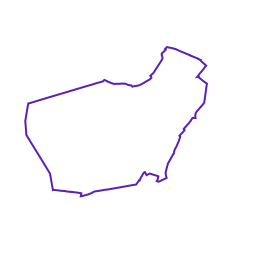 Brunssum, Limburg, Netherlands (Mercator projection), rotated 157°
{"feature_id": "6326949B33159250264853", "entity_name": "Brunssum", "entity_type": "district", "adm_level": 2, "iso_a3": "NLD", "parent_name": "Netherlands", "parent_adm1": "Limburg", "projection": "mercator", "projection_center": [5.961, 50.944], "detail": "fine", "context": "isolated", "style": "outline", "palette": "violet", "viewbox_px": 256, "rotation_deg": 157, "n_neighbors": 0, "source": "geoboundaries", "source_scale": "gbopen_adm2", "svg_char_len": 5256}
<svg xmlns="http://www.w3.org/2000/svg" viewBox="0 0 256 256"><g transform="rotate(157 128 128)"><path d="M224.3,161.3L223.4,155.3L222.1,146.5L221.9,145.4L220.5,136.3L219.0,126.2L217.6,116.4L221.4,100.2L220.6,100.1L219.9,99.7L216.9,98.0L213.5,96.0L212.8,95.7L211.4,95.0L211.5,95.0L210.5,94.6L210.0,94.0L209.3,93.6L208.0,92.9L207.7,92.7L205.6,91.4L205.4,91.4L205.4,91.5L201.0,89.0L196.5,86.2L196.4,86.1L198.2,83.6L197.9,83.5L196.2,83.2L192.6,82.7L190.4,82.4L188.9,82.3L186.9,82.4L185.5,82.4L185.3,82.5L185.0,82.7L183.6,82.6L182.7,82.4L177.2,81.0L174.5,80.4L172.3,79.8L171.0,79.4L167.5,78.6L166.3,78.3L165.9,78.2L165.1,78.0L164.7,77.9L164.2,77.8L163.9,77.8L163.4,77.6L163.1,77.6L162.0,77.3L161.4,77.2L160.7,77.0L160.3,76.9L156.3,76.0L155.1,75.7L150.5,74.7L142.6,72.8L138.1,75.6L137.8,75.2L136.8,76.1L136.1,76.6L135.6,77.4L134.2,78.2L133.7,78.6L132.5,79.6L132.4,79.6L132.1,79.8L131.8,80.0L131.6,80.1L131.1,80.5L130.8,80.7L130.3,80.8L129.7,80.8L129.3,77.3L125.8,77.6L122.2,74.5L120.5,73.1L119.0,71.8L118.9,71.6L119.5,71.0L119.7,70.7L120.1,69.9L121.2,68.6L121.3,68.5L122.3,67.9L122.1,67.7L120.8,66.6L120.6,66.6L120.4,66.5L119.0,66.6L117.8,66.7L112.0,66.9L111.9,67.5L111.6,69.3L111.2,71.2L111.1,71.5L110.9,72.0L110.6,72.5L110.4,72.7L110.1,73.2L109.8,73.7L109.4,74.1L109.2,74.4L108.8,75.0L108.6,75.3L105.6,79.0L105.3,79.5L105.1,79.7L104.7,80.0L99.2,84.2L98.2,85.0L97.6,85.5L97.3,85.7L97.0,85.9L96.6,86.1L96.0,86.4L96.0,86.5L95.9,86.5L95.4,87.2L94.9,88.0L94.3,88.8L94.2,89.0L93.9,89.4L93.6,89.7L93.3,89.9L92.6,90.5L91.6,91.3L91.2,91.6L90.5,92.2L90.1,92.5L89.3,93.3L89.2,93.4L89.1,93.5L88.7,93.9L88.5,94.1L88.1,94.5L87.6,95.0L86.9,95.6L86.4,96.1L85.9,96.6L85.3,97.3L84.9,97.8L84.3,98.4L83.9,99.0L83.7,99.2L83.3,99.7L83.7,100.8L83.3,101.0L83.0,101.1L82.6,101.2L82.4,101.3L81.8,101.6L79.0,102.8L77.2,103.7L76.9,103.8L76.7,103.8L76.4,103.9L76.5,103.9L76.5,104.0L76.8,104.5L76.9,104.8L77.0,105.0L77.1,105.4L76.9,105.5L75.6,106.1L74.8,106.5L74.2,106.7L73.7,106.9L73.4,107.1L73.0,107.3L72.6,107.5L72.2,107.7L71.5,108.0L70.8,108.3L70.3,108.6L70.1,108.7L69.6,109.0L68.4,109.6L67.9,109.9L67.3,110.3L67.2,110.3L67.0,110.5L64.6,112.1L63.4,111.5L62.1,110.9L62.1,111.0L61.6,112.0L61.4,112.6L60.9,113.7L60.3,114.6L59.7,115.3L59.2,115.7L58.3,116.4L56.0,117.4L52.5,119.2L52.4,119.1L51.7,119.5L49.1,120.8L48.8,121.0L48.4,121.3L47.9,121.7L47.2,122.8L44.9,126.6L41.3,132.6L39.4,135.8L38.4,137.4L38.1,137.9L38.0,138.0L39.0,139.6L40.0,141.1L40.3,141.7L42.3,145.5L43.0,146.8L43.3,147.4L43.2,147.5L44.5,147.9L43.4,148.5L41.8,149.5L40.8,150.0L39.5,150.7L37.9,151.4L37.5,151.7L35.2,152.9L34.4,153.4L33.3,154.1L32.2,154.5L31.7,154.8L32.1,155.7L32.2,156.1L32.3,156.1L32.5,156.6L32.6,156.9L32.7,157.1L32.8,157.3L33.1,158.0L34.5,161.0L35.2,162.8L35.3,162.9L35.2,162.9L35.3,163.0L35.5,163.2L35.8,163.6L36.0,163.9L36.1,164.1L36.3,164.2L36.2,164.2L36.5,164.6L36.8,164.7L37.2,165.2L37.6,165.6L37.9,165.9L38.2,166.2L38.4,166.5L38.7,166.7L38.8,166.8L39.0,167.0L39.2,167.3L39.7,167.8L39.8,167.8L39.9,168.0L40.1,168.2L40.3,168.4L40.4,168.5L40.6,168.7L40.9,169.0L41.3,169.4L41.5,169.6L41.9,170.0L42.1,170.2L42.1,170.3L42.4,170.7L42.5,170.6L42.6,170.8L42.8,171.0L43.6,171.8L43.9,172.2L44.2,172.6L44.4,172.8L44.6,172.9L44.8,173.1L45.0,173.3L45.2,173.5L45.3,173.6L45.6,173.9L45.7,174.0L45.8,174.1L46.4,174.7L47.0,175.4L47.6,175.9L48.0,176.3L48.1,176.5L48.3,176.6L48.8,177.1L49.4,177.7L51.6,180.1L51.8,180.3L52.4,181.1L52.5,181.1L53.7,182.4L53.8,182.3L54.3,182.7L54.7,183.1L55.2,183.5L55.4,183.7L55.7,183.9L56.7,184.6L57.8,185.4L59.0,186.2L59.2,186.3L59.6,186.5L60.0,186.8L60.2,187.0L60.5,187.3L63.1,186.2L62.8,185.5L62.7,185.3L63.5,185.0L64.3,184.6L64.8,184.4L65.3,184.2L65.5,184.3L67.8,183.4L68.2,182.9L68.2,182.0L68.4,181.9L68.5,181.3L68.5,180.8L68.6,180.3L68.7,179.8L68.7,179.4L68.9,179.1L69.0,178.9L69.1,178.6L69.4,178.2L70.0,177.7L71.2,176.8L72.1,176.2L77.8,172.3L80.4,170.6L82.8,168.9L83.9,168.4L85.1,168.1L87.0,167.3L86.6,165.8L86.7,165.3L87.7,164.7L88.4,164.4L89.9,164.1L92.5,163.8L95.4,163.4L98.0,163.1L99.2,163.0L100.7,163.0L101.4,163.0L101.8,163.0L102.1,163.1L105.9,164.0L106.8,164.2L107.2,164.3L107.6,164.4L107.8,164.4L108.0,165.2L108.2,165.6L108.3,165.8L108.6,166.1L108.9,166.3L110.6,167.2L111.0,167.5L111.4,167.9L111.7,168.2L111.9,168.6L112.4,169.1L112.7,169.4L113.1,169.8L113.4,169.9L113.5,170.0L113.8,170.1L114.0,170.2L114.3,170.3L114.7,170.5L115.7,171.0L117.0,171.6L117.6,171.7L118.2,171.9L118.6,172.0L118.8,172.0L119.8,172.6L120.0,172.7L120.4,172.8L120.8,173.0L121.1,173.1L121.4,173.2L121.9,173.4L123.0,173.7L123.2,173.8L123.4,173.9L123.4,174.0L123.7,174.1L124.1,174.4L124.6,174.8L125.2,175.4L125.3,175.4L126.2,176.3L126.4,176.6L126.7,176.8L127.7,177.8L128.6,178.6L128.6,178.9L129.4,179.8L130.0,180.4L130.5,181.0L130.8,181.3L131.0,181.5L131.8,181.2L132.3,180.9L132.6,180.7L133.4,180.8L135.3,181.0L136.1,181.1L137.4,181.3L141.5,181.8L142.5,181.9L144.8,182.1L149.6,182.7L151.4,182.9L159.3,183.8L160.9,184.0L167.4,184.7L171.3,185.1L179.0,186.0L187.1,186.9L190.2,187.3L191.6,187.4L193.1,187.6L194.9,187.8L196.7,188.0L198.7,188.2L201.3,188.5L203.6,188.7L207.0,189.1L207.9,189.2L210.3,189.5L210.8,188.6L211.3,187.9L212.0,186.9L213.2,185.0L219.8,174.6L220.1,173.9L220.9,171.3L221.7,169.0L222.8,165.6L223.6,163.4L224.1,161.9L224.3,161.3Z" fill="none" stroke="#5b21b6" stroke-width="2"/></g></svg>